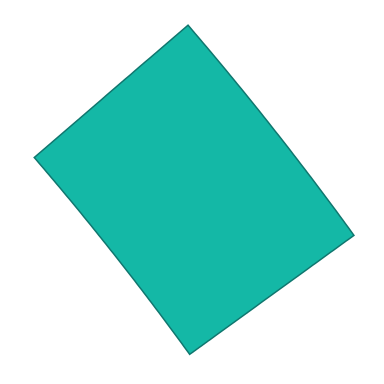 the State of Wyoming, rotated 232°
{"feature_id": "USA-3527", "entity_name": "Wyoming", "entity_type": "State", "adm_level": 1, "iso_a3": "USA", "parent_name": "United States of America", "parent_adm1": "", "projection": "albers", "projection_center": [-107.983, 43.0], "detail": "fine", "context": "isolated", "style": "filled", "palette": "teal", "viewbox_px": 384, "rotation_deg": 232, "n_neighbors": 0, "source": "natural_earth", "source_scale": "10m", "svg_char_len": 2381}
<svg xmlns="http://www.w3.org/2000/svg" viewBox="0 0 384 384"><g transform="rotate(232 192 192)"><path d="M58.1,292.9L58.2,289.8L58.3,286.6L58.5,283.4L58.6,280.3L58.7,277.1L58.8,273.9L58.9,270.8L59.0,267.6L59.2,264.4L59.3,261.3L59.4,258.1L59.5,254.9L59.6,251.8L59.7,248.6L59.8,245.4L60.0,242.3L60.2,234.4L60.5,226.4L60.8,218.5L61.1,210.6L61.4,202.7L61.7,194.8L62.0,186.9L62.3,179.0L62.5,171.0L62.8,163.1L63.1,155.2L63.4,147.3L63.7,139.4L64.0,131.5L64.3,123.6L64.5,115.6L64.6,114.1L64.7,112.6L64.7,111.0L64.8,109.5L64.8,108.0L64.9,106.4L64.9,104.9L65.0,103.3L65.1,101.8L65.1,100.3L65.2,98.7L65.2,97.2L65.3,95.6L65.3,94.1L65.4,92.6L65.5,91.0L65.5,90.2L67.3,90.3L71.2,90.4L75.1,90.5L79.0,90.7L82.9,90.8L86.8,90.9L90.7,91.0L94.6,91.1L98.5,91.2L102.4,91.3L106.3,91.4L110.2,91.5L114.1,91.6L118.0,91.7L121.9,91.7L125.8,91.8L129.7,91.9L133.6,91.9L137.5,92.0L141.4,92.0L145.3,92.1L149.2,92.1L153.1,92.1L157.0,92.2L160.9,92.2L164.8,92.2L168.7,92.2L172.7,92.2L176.6,92.2L180.5,92.2L184.4,92.2L188.3,92.2L192.2,92.2L196.1,92.1L200.0,92.1L203.9,92.1L207.8,92.0L211.7,92.0L215.6,91.9L219.5,91.9L223.4,91.8L227.3,91.8L231.2,91.7L235.1,91.6L239.0,91.5L242.9,91.5L246.8,91.4L250.7,91.3L254.6,91.2L258.5,91.1L262.4,91.0L266.3,90.8L270.2,90.7L274.1,90.6L278.0,90.5L281.9,90.3L285.8,90.2L289.7,90.0L293.6,89.9L297.5,89.7L301.4,89.6L305.3,89.4L309.2,89.2L313.1,89.1L316.3,88.9L316.6,95.3L316.9,101.6L317.2,107.9L317.5,114.2L317.8,120.6L318.1,126.9L318.4,133.2L318.7,139.6L319.0,145.9L319.3,152.2L319.6,158.6L319.9,164.9L320.2,171.2L320.5,177.6L320.9,183.9L321.2,190.2L321.5,196.6L321.8,202.9L322.1,209.2L322.3,215.6L322.7,221.9L323.0,228.2L323.3,234.6L323.5,240.9L323.8,247.2L324.1,253.6L324.4,259.9L324.7,266.2L325.0,272.6L325.3,278.9L325.6,285.2L325.9,291.6L321.1,291.8L315.1,292.0L309.1,292.3L303.1,292.5L297.1,292.8L291.1,293.0L285.1,293.2L279.1,293.4L273.0,293.6L267.0,293.8L261.0,293.9L255.0,294.1L249.0,294.2L243.0,294.4L237.0,294.5L231.0,294.6L225.0,294.7L219.0,294.8L212.9,294.9L206.9,294.9L200.9,295.0L194.9,295.0L188.9,295.0L182.9,295.1L176.9,295.1L170.9,295.1L164.9,295.1L158.8,295.0L152.8,295.0L146.8,294.9L140.8,294.9L134.8,294.8L130.0,294.8L125.2,294.7L120.4,294.6L115.6,294.5L110.8,294.4L106.0,294.3L101.2,294.2L96.5,294.1L91.7,294.0L86.9,293.9L82.1,293.7L77.3,293.6L72.5,293.4L67.7,293.3L62.9,293.1L58.1,292.9L58.1,292.9Z" fill="#14b8a6" stroke="#0f766e" stroke-width="1.5"/></g></svg>